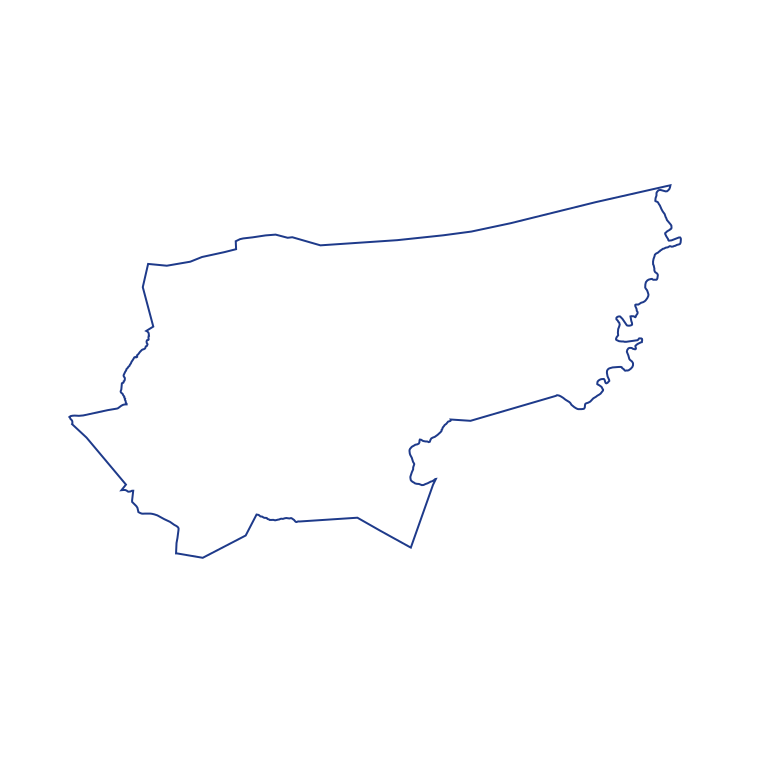 Moamba, Maputo, Mozambique (Robinson projection), rotated 81°
{"feature_id": "85939544B51879158696861", "entity_name": "Moamba", "entity_type": "district", "adm_level": 2, "iso_a3": "MOZ", "parent_name": "Mozambique", "parent_adm1": "Maputo", "projection": "robinson", "projection_center": [32.243, -25.316], "detail": "fine", "context": "isolated", "style": "outline", "palette": "blue", "viewbox_px": 768, "rotation_deg": 81, "n_neighbors": 0, "source": "geoboundaries", "source_scale": "gbopen_adm2", "svg_char_len": 6082}
<svg xmlns="http://www.w3.org/2000/svg" viewBox="0 0 768 768"><g transform="rotate(81 384 384)"><path d="M447.8,659.9L447.9,658.0L448.2,656.2L449.0,654.9L450.2,653.7L450.4,653.2L450.5,651.4L450.0,649.6L450.2,648.4L459.9,651.1L461.1,651.2L465.9,647.7L467.7,646.9L472.1,646.6L473.5,644.7L474.2,643.3L475.4,635.3L475.9,633.5L476.8,631.3L478.3,628.4L483.1,622.2L486.7,616.9L490.3,613.2L491.9,611.1L493.4,609.8L494.5,609.5L496.0,609.8L503.8,612.1L508.6,613.8L518.8,615.9L519.0,614.8L527.3,590.2L512.0,544.3L493.0,530.3L493.7,528.3L495.4,526.8L495.6,526.4L495.8,525.3L497.2,523.6L497.6,522.6L497.8,521.4L498.1,520.7L499.1,520.2L499.6,519.0L500.4,518.2L500.9,514.5L501.6,512.9L501.5,510.9L501.4,510.2L501.4,508.8L501.0,507.2L501.0,506.4L501.4,505.0L501.1,502.9L501.1,501.4L502.0,498.5L501.9,496.9L502.1,496.3L504.2,494.1L505.9,493.1L506.4,492.6L506.6,492.3L506.6,491.7L506.3,490.3L506.6,488.8L511.9,431.2L528.7,410.2L549.8,383.1L491.3,351.4L485.9,347.6L485.9,348.2L486.8,349.7L487.6,351.6L487.7,353.0L488.9,356.5L489.3,358.7L489.9,360.7L489.8,362.4L488.2,365.1L487.7,367.3L487.0,368.9L485.9,370.0L485.1,371.1L483.8,372.2L482.9,372.6L480.6,372.6L479.6,372.4L475.5,370.3L472.9,368.6L470.9,368.2L468.0,366.7L467.4,366.7L465.4,367.5L461.2,368.1L458.4,369.1L456.8,369.4L454.2,369.3L453.2,369.1L452.1,368.4L450.4,366.4L449.2,363.2L448.9,362.7L448.8,360.5L448.3,359.0L447.3,358.2L445.2,357.7L444.5,357.3L444.8,356.2L446.4,354.3L447.2,352.1L447.6,350.1L448.4,348.9L448.2,347.8L446.2,346.7L445.1,345.7L444.5,343.9L444.2,342.2L442.6,339.0L440.4,335.7L439.6,334.7L438.6,334.2L438.4,334.3L437.5,333.4L436.2,332.8L435.0,331.4L434.0,330.5L433.1,328.7L431.2,326.6L430.9,324.4L430.5,323.8L429.9,323.6L429.5,323.7L433.9,304.3L422.6,216.0L422.2,215.3L422.2,214.6L422.8,212.9L423.8,211.4L425.7,209.2L427.8,207.3L430.9,203.7L432.0,202.9L433.9,202.1L436.6,199.7L438.0,198.1L438.9,196.8L439.2,196.1L439.7,193.1L439.8,191.0L439.6,190.2L438.7,189.4L436.0,188.7L435.1,188.2L434.7,187.3L434.4,185.2L433.6,183.0L430.9,179.5L429.8,176.7L428.9,175.1L428.2,173.2L427.4,171.6L424.7,168.7L423.7,168.5L422.9,169.0L421.3,169.4L420.6,169.9L419.0,171.5L417.8,173.1L417.4,173.4L415.6,172.9L415.0,172.6L414.1,171.5L413.5,170.1L413.3,169.4L413.2,168.4L413.4,166.1L414.4,165.5L417.2,165.1L417.8,164.8L418.1,164.3L417.8,163.0L417.5,162.7L416.2,161.0L415.1,161.0L411.5,162.0L407.9,162.1L406.0,161.7L404.9,160.9L404.4,160.3L404.0,159.6L403.7,158.4L403.4,155.6L403.9,149.3L404.2,147.4L404.6,146.6L405.5,146.3L406.9,144.9L408.3,144.1L408.6,143.6L408.6,142.1L408.8,141.4L408.7,140.2L407.8,138.4L407.4,137.7L406.0,136.0L404.4,135.1L402.4,134.8L400.6,135.5L398.6,137.3L397.6,137.8L394.0,138.2L390.2,139.1L388.4,138.4L387.1,137.1L386.8,136.2L386.8,135.4L387.2,133.7L388.2,132.6L388.9,130.9L389.0,130.2L388.8,129.9L388.3,129.6L386.4,129.8L385.8,129.8L385.4,129.4L384.4,127.8L383.9,126.5L383.0,123.5L383.0,122.8L380.9,122.1L379.7,122.2L379.3,122.7L378.9,124.5L378.9,124.9L380.1,126.2L380.4,126.8L380.2,138.5L380.0,139.1L379.9,140.0L379.4,141.0L379.2,142.5L378.5,145.1L377.1,147.2L376.5,147.8L375.8,147.8L374.3,147.0L372.5,145.1L370.1,145.0L366.4,144.1L363.8,142.6L362.2,141.9L360.1,142.1L359.3,142.8L358.0,143.2L356.5,144.3L355.2,144.2L354.5,143.5L354.1,142.5L354.0,141.2L354.3,140.2L357.0,138.3L364.0,135.0L364.6,133.8L364.8,132.3L364.7,130.9L364.2,129.7L362.7,129.5L360.3,129.9L355.8,130.0L355.7,129.2L356.1,127.2L356.3,126.5L357.0,125.9L357.3,125.4L357.0,124.9L355.7,124.2L354.2,122.7L353.5,122.4L352.6,122.3L351.2,122.9L349.4,122.8L346.5,123.6L345.3,123.5L344.9,122.7L345.3,120.2L344.0,117.4L343.7,115.2L343.1,113.7L342.5,112.7L340.5,110.6L338.4,109.2L337.0,108.8L334.7,109.1L332.6,109.5L330.6,110.6L329.5,110.9L326.6,110.3L324.4,109.4L322.9,107.7L322.3,106.2L322.1,104.2L322.1,102.9L322.7,102.4L323.2,101.6L323.6,98.9L323.6,98.5L323.3,98.1L322.5,97.5L319.7,96.6L318.9,96.5L317.7,96.9L316.0,98.6L315.2,99.0L313.7,99.2L312.5,98.9L309.0,99.1L307.9,99.5L305.1,99.1L302.6,98.2L300.3,96.9L298.6,96.2L297.6,94.6L297.2,93.0L296.3,91.7L296.0,90.8L295.4,90.3L295.0,89.1L294.1,87.5L294.1,86.4L293.4,84.3L293.4,82.3L292.6,80.3L292.7,79.7L293.4,78.3L293.4,76.8L293.1,75.9L293.0,74.4L292.5,73.3L292.2,70.5L291.9,69.7L291.5,69.4L290.6,68.9L287.9,68.2L286.6,68.1L285.6,68.6L285.4,69.7L287.1,77.5L287.0,80.2L286.5,80.6L285.2,80.8L282.2,82.1L279.8,82.8L279.0,82.7L278.3,81.5L277.8,81.0L276.9,79.0L276.5,77.7L275.9,77.1L275.6,76.1L274.8,75.6L272.5,75.4L271.5,75.8L266.3,78.9L264.2,79.3L263.2,79.7L260.1,80.2L257.2,81.7L254.7,82.6L250.8,83.6L249.4,84.3L247.4,85.0L246.8,85.7L246.1,86.9L245.6,87.4L242.9,86.7L240.5,85.4L238.0,85.0L237.1,84.4L235.8,82.9L235.5,82.0L235.7,80.3L237.8,75.7L237.9,74.3L237.1,72.9L236.1,71.7L234.6,70.8L232.5,70.0L237.5,146.5L245.0,233.8L247.1,273.9L246.4,302.3L244.0,348.5L237.1,425.1L224.7,451.6L224.5,456.3L219.5,467.7L218.7,477.8L218.6,490.7L218.2,500.3L218.4,503.5L219.8,508.1L227.7,509.0L228.8,521.2L230.1,543.9L232.9,556.2L233.2,580.0L228.5,598.2L250.6,607.1L291.2,602.9L294.4,610.5L295.1,609.5L296.5,608.6L297.4,608.5L299.8,608.6L299.9,609.0L301.3,609.4L303.2,609.5L303.6,609.9L303.6,611.0L304.1,611.5L305.0,611.9L306.4,611.9L307.5,611.4L308.0,611.4L309.4,612.4L309.6,613.4L311.2,614.2L311.6,614.6L312.1,615.9L312.1,616.6L312.4,617.7L314.2,620.1L316.3,622.2L316.7,623.1L317.6,623.6L318.5,623.5L318.8,623.9L318.9,624.4L318.8,625.1L318.4,625.4L318.7,626.5L320.6,628.0L322.6,629.9L324.1,630.8L325.3,632.0L326.3,632.6L327.1,633.9L327.8,634.4L329.1,636.1L330.3,636.6L331.3,637.6L334.4,639.7L335.0,639.9L335.9,639.8L337.2,639.1L338.1,639.1L339.6,639.5L340.4,640.1L340.6,640.7L341.7,641.0L342.0,641.3L342.1,642.4L342.4,642.8L348.3,644.3L349.9,645.2L350.5,645.3L351.4,645.0L352.9,643.7L354.2,643.4L355.8,642.5L356.3,642.5L356.7,642.7L358.1,642.0L358.5,642.3L359.0,642.4L360.1,641.9L362.0,641.9L363.3,641.3L363.9,641.4L363.6,643.5L363.8,645.2L364.4,646.9L366.3,650.5L366.5,651.5L366.6,660.9L368.0,686.0L367.7,690.3L366.8,694.5L366.6,696.8L366.7,698.6L367.4,699.9L368.2,699.4L369.5,699.1L371.0,698.0L372.0,697.7L374.2,697.9L374.8,698.4L390.4,686.2L443.0,654.6L447.8,659.9Z" fill="none" stroke="#1e3a8a" stroke-width="2"/></g></svg>